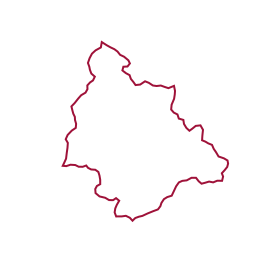 Cristiano Otoni, Minas Gerais, Brazil, rotated 244°
{"feature_id": "56859067B84978777244329", "entity_name": "Cristiano Otoni", "entity_type": "district", "adm_level": 2, "iso_a3": "BRA", "parent_name": "Brazil", "parent_adm1": "Minas Gerais", "projection": "robinson", "projection_center": [-43.825, -20.834], "detail": "fine", "context": "isolated", "style": "outline", "palette": "rose", "viewbox_px": 256, "rotation_deg": 244, "n_neighbors": 0, "source": "geoboundaries", "source_scale": "gbopen_adm2", "svg_char_len": 1804}
<svg xmlns="http://www.w3.org/2000/svg" viewBox="0 0 256 256"><g transform="rotate(244 128 128)"><path d="M216.7,142.1L212.3,138.9L212.0,132.9L210.6,128.2L207.6,124.1L204.0,120.5L200.1,120.1L197.1,119.3L193.0,118.9L188.7,120.7L186.1,117.4L185.6,113.9L184.1,110.1L180.7,108.6L178.4,105.3L178.0,100.3L176.3,96.2L173.8,91.0L172.2,86.6L168.0,85.7L164.8,85.1L161.3,85.1L158.5,83.9L154.5,83.2L151.0,81.1L150.3,76.3L148.2,70.7L145.2,67.1L141.0,67.4L136.7,64.9L132.4,62.0L127.6,58.9L124.7,55.4L122.6,52.8L120.8,55.8L120.2,60.2L117.8,64.4L114.8,66.7L113.0,70.3L112.6,74.0L109.7,74.6L106.9,76.7L104.8,80.3L101.5,82.1L97.7,81.5L93.6,80.3L89.7,78.4L89.5,74.6L87.5,71.8L83.7,70.3L79.0,72.4L75.3,76.9L71.5,79.4L69.7,83.0L70.2,86.5L66.5,88.2L63.8,84.2L61.3,81.3L58.0,79.0L53.7,78.6L51.3,83.6L50.0,87.6L46.5,90.3L42.7,91.4L43.9,95.1L43.5,98.9L42.7,102.4L42.6,108.2L42.2,114.1L41.7,119.2L43.5,122.8L46.0,125.2L48.3,129.1L48.7,133.0L48.0,137.6L51.2,141.6L54.5,145.7L56.8,149.9L56.7,153.6L55.2,157.8L55.4,163.2L53.4,167.3L49.1,168.2L45.7,169.7L45.0,173.2L44.3,177.4L41.8,180.7L41.5,185.1L39.3,189.4L42.7,192.2L46.2,192.5L47.7,196.3L49.5,200.1L52.2,202.4L55.2,203.2L58.7,200.9L62.7,196.9L67.7,196.5L71.7,195.9L76.0,196.1L79.0,193.4L81.8,191.6L84.5,189.2L88.7,191.6L93.5,194.6L98.6,194.3L100.2,189.8L99.2,185.5L98.6,182.0L102.5,180.5L107.1,180.1L111.0,181.3L114.2,177.8L118.5,178.4L121.8,175.9L125.7,174.9L129.8,177.4L134.0,182.2L137.6,184.7L140.7,186.5L145.7,187.8L146.1,181.8L148.7,179.1L151.8,176.1L153.2,172.1L155.3,169.0L159.5,166.5L162.5,163.8L161.7,158.0L163.3,153.6L167.0,153.0L170.9,152.1L174.8,152.6L178.3,150.1L182.2,148.2L185.1,150.7L183.5,154.5L185.2,158.0L188.7,158.0L193.8,155.7L197.2,153.0L201.3,152.1L204.8,150.3L208.2,147.6L211.8,145.1L216.7,142.1Z" fill="none" stroke="#9f1239" stroke-width="2"/></g></svg>